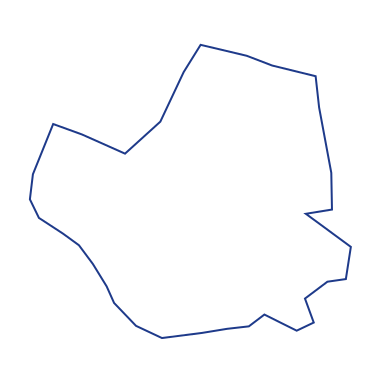 Mammari, Cyprus, rotated 3°
{"feature_id": "46923920B76597739182266", "entity_name": "Mammari", "entity_type": "district", "adm_level": 2, "iso_a3": "CYP", "parent_name": "Cyprus", "parent_adm1": "", "projection": "equal_earth", "projection_center": [33.204, 35.187], "detail": "fine", "context": "isolated", "style": "outline", "palette": "blue", "viewbox_px": 384, "rotation_deg": 3, "n_neighbors": 0, "source": "geoboundaries", "source_scale": "gbopen_adm2", "svg_char_len": 570}
<svg xmlns="http://www.w3.org/2000/svg" viewBox="0 0 384 384"><g transform="rotate(3 192 192)"><path d="M49.8,131.4L32.2,182.6L30.5,207.8L40.5,225.9L65.3,240.3L81.9,251.1L96.8,269.1L111.7,290.7L120.0,306.9L143.1,328.6L169.6,339.4L209.4,332.2L234.2,326.8L255.8,323.2L270.7,310.6L287.2,317.8L303.8,325.0L320.4,316.0L310.4,292.5L331.9,274.5L350.2,270.9L353.5,238.5L306.8,207.8L332.7,202.2L330.1,165.6L314.5,100.9L309.4,69.9L265.4,61.5L239.5,53.1L192.9,44.6L177.4,72.7L156.7,123.4L123.1,157.2L79.1,140.3L49.8,131.4Z" fill="none" stroke="#1e3a8a" stroke-width="2"/></g></svg>